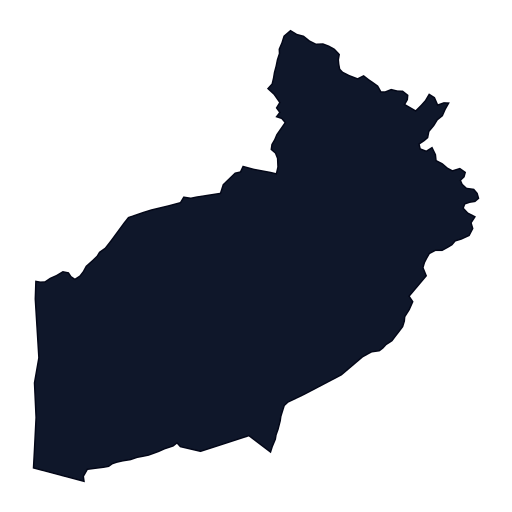 outline of Simão Dias, Sergipe, Brazil
{"feature_id": "56859067B91513097865044", "entity_name": "Simão Dias", "entity_type": "district", "adm_level": 2, "iso_a3": "BRA", "parent_name": "Brazil", "parent_adm1": "Sergipe", "projection": "mercator", "projection_center": [-37.797, -10.741], "detail": "fine", "context": "isolated", "style": "filled", "palette": "ink", "viewbox_px": 512, "rotation_deg": 0, "n_neighbors": 0, "source": "geoboundaries", "source_scale": "gbopen_adm2", "svg_char_len": 2419}
<svg xmlns="http://www.w3.org/2000/svg" viewBox="0 0 512 512"><path d="M474.9,216.8L467.7,213.1L463.1,208.2L464.7,203.9L469.7,202.2L474.9,201.4L478.5,198.3L477.1,193.4L473.7,189.4L466.4,188.4L462.1,184.4L460.3,180.3L464.0,176.8L465.2,172.4L459.8,168.6L452.4,170.9L447.3,168.2L442.3,163.9L436.0,160.6L435.4,154.7L432.0,147.7L426.3,151.3L420.1,148.9L419.0,144.0L424.1,140.6L427.6,137.6L428.8,131.4L433.7,125.5L437.2,119.8L442.3,115.7L445.1,109.3L448.6,103.1L443.9,102.9L437.6,105.1L434.4,97.7L429.2,94.4L425.5,100.7L421.4,105.3L415.7,111.0L404.5,104.5L407.3,99.6L407.7,95.3L402.6,91.3L397.3,91.1L391.2,89.6L385.2,92.0L380.9,92.0L377.6,86.1L373.0,82.8L368.6,79.8L363.6,75.9L357.6,78.9L349.0,75.6L342.5,72.3L339.6,69.2L338.7,64.2L338.3,59.8L339.2,54.5L334.3,49.3L328.7,46.2L322.9,44.0L315.9,44.3L309.3,41.0L303.5,36.3L296.7,34.5L290.5,30.7L284.1,36.2L282.0,42.9L279.3,49.2L279.5,53.6L277.5,59.7L276.2,66.1L274.5,72.5L273.6,78.0L272.2,84.0L268.0,88.6L274.1,94.2L279.9,102.5L276.6,107.9L279.9,112.4L276.6,116.7L281.8,118.4L285.3,122.6L276.9,134.7L274.8,139.7L272.0,144.5L271.3,149.4L275.5,153.0L277.6,158.3L278.0,167.0L276.4,173.9L270.5,172.5L253.8,169.4L243.1,166.5L240.5,172.0L235.2,173.2L223.3,184.7L220.5,193.4L196.6,197.1L190.8,198.3L183.8,197.2L180.5,202.7L168.6,205.9L151.4,210.0L143.7,212.4L128.5,217.6L124.3,222.9L111.3,240.6L105.4,248.2L99.6,252.3L97.2,256.3L92.5,260.8L86.3,266.3L83.4,271.7L80.0,276.1L74.9,279.4L70.9,276.7L68.4,272.9L62.9,271.8L56.6,275.6L50.3,278.4L45.0,282.0L40.3,282.2L35.9,281.4L35.3,299.0L37.7,338.0L38.9,357.8L34.5,382.9L36.1,417.6L34.4,451.4L33.5,467.9L84.0,481.3L83.3,476.3L87.3,469.3L95.6,468.2L103.7,467.2L108.6,466.3L112.2,463.7L116.6,462.2L122.7,460.8L130.4,459.6L137.1,457.3L142.5,456.3L148.4,455.1L153.7,453.2L158.6,451.4L164.6,448.7L168.9,447.3L173.1,445.9L177.0,442.8L180.4,446.6L200.5,451.3L218.8,445.4L248.9,435.6L270.5,452.0L272.2,446.6L275.3,439.2L276.0,434.9L278.0,429.3L280.2,420.7L280.8,416.4L282.5,410.9L284.2,405.5L287.8,402.1L303.9,394.4L341.3,374.8L362.5,356.8L367.5,354.0L371.6,351.8L379.3,350.7L382.8,348.0L385.9,344.6L391.9,340.7L395.2,336.3L398.7,331.8L402.6,326.6L404.3,321.1L404.7,316.7L409.2,309.6L412.7,301.7L409.0,296.2L426.2,275.8L422.9,267.7L424.4,262.5L426.7,258.0L429.3,253.5L435.4,250.3L442.1,250.3L448.1,247.0L451.9,244.7L455.1,240.9L461.3,239.0L469.1,235.4L472.7,228.5L471.0,222.8L474.9,216.8Z" fill="#0f172a" stroke="#020617" stroke-width="1.5"/></svg>